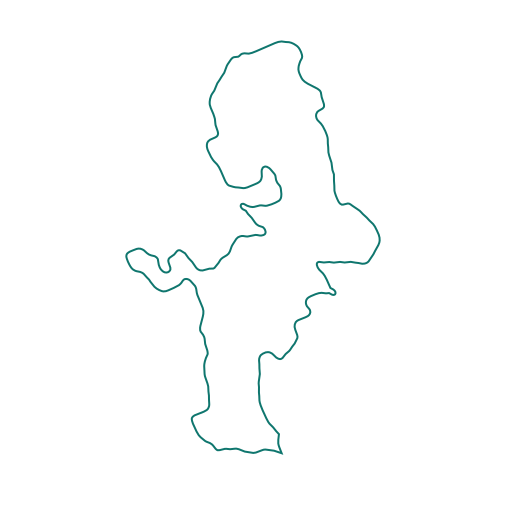 outline of Villa Tabara Arriba, Azua, Dominican Republic, rotated 336°
{"feature_id": "3306468B57701305571020", "entity_name": "Villa Tabara Arriba", "entity_type": "district", "adm_level": 2, "iso_a3": "DOM", "parent_name": "Dominican Republic", "parent_adm1": "Azua", "projection": "equal_earth", "projection_center": [-70.922, 18.486], "detail": "fine", "context": "isolated", "style": "outline", "palette": "teal", "viewbox_px": 512, "rotation_deg": 336, "n_neighbors": 0, "source": "geoboundaries", "source_scale": "gbopen_adm2", "svg_char_len": 6124}
<svg xmlns="http://www.w3.org/2000/svg" viewBox="0 0 512 512"><g transform="rotate(336 256 256)"><path d="M360.4,213.1L360.8,208.5L362.9,201.5L363.7,194.0L364.3,190.8L366.2,186.0L367.4,182.4L369.1,178.4L369.6,176.6L369.9,174.5L370.1,170.1L369.8,164.6L369.2,161.6L367.5,156.9L367.3,155.0L367.6,153.2L367.9,152.3L368.7,150.9L370.5,149.4L372.1,148.9L376.7,148.4L378.1,147.8L378.8,147.3L379.2,146.6L379.8,145.0L380.6,137.6L381.8,132.9L381.7,131.3L381.4,130.4L380.2,128.2L373.4,119.7L371.4,116.6L370.3,113.9L370.0,112.0L369.9,109.9L369.9,106.9L370.1,104.9L370.6,102.9L371.4,101.3L372.3,99.8L373.9,97.9L375.6,96.1L378.4,93.9L379.3,92.6L379.8,90.9L380.1,88.0L380.0,85.1L379.7,83.1L379.1,81.3L378.2,79.7L376.7,77.5L375.0,75.6L373.1,74.1L370.2,72.6L366.6,70.4L363.4,69.5L359.9,69.2L339.5,69.0L335.1,68.8L331.7,68.2L327.8,66.1L325.7,65.6L324.3,65.7L322.0,66.5L320.8,66.7L316.7,65.4L315.2,65.4L313.2,66.2L308.0,69.4L306.6,70.5L301.5,75.7L297.5,78.2L294.3,80.4L290.9,82.5L285.1,88.0L281.7,90.1L280.3,91.2L277.9,93.9L276.4,96.3L275.6,98.1L275.3,99.1L274.9,102.3L274.8,108.8L274.5,112.0L274.2,114.1L272.8,118.3L272.3,120.0L271.7,126.6L271.3,128.3L271.0,129.0L269.9,130.3L268.6,130.9L267.0,131.1L261.3,131.1L258.9,131.8L257.6,132.7L256.6,134.0L255.8,135.6L255.5,136.5L255.1,138.5L255.0,140.5L255.2,147.2L255.7,150.5L256.2,152.4L257.7,156.5L258.3,159.7L258.5,164.2L258.4,174.2L258.5,176.3L259.1,179.2L260.0,180.7L263.4,183.6L265.2,184.9L268.0,186.4L271.9,188.8L273.5,189.4L276.1,189.8L284.2,190.0L286.8,190.0L288.5,189.8L290.2,189.3L290.9,188.9L292.1,187.9L293.6,185.9L295.5,181.1L296.3,179.7L298.0,178.2L298.8,177.9L300.3,177.9L301.0,178.1L302.3,179.0L303.8,181.0L304.5,182.7L306.2,188.4L306.4,190.0L306.3,190.8L305.3,194.5L305.2,196.2L305.3,198.0L306.3,201.7L306.3,203.3L306.0,204.8L304.4,209.7L303.2,212.0L302.2,213.3L300.9,214.3L299.4,214.9L295.4,215.2L291.3,215.1L286.5,214.5L285.0,214.0L281.8,212.1L280.3,211.4L274.4,210.4L272.8,209.9L270.7,208.6L268.3,206.4L266.4,203.9L265.4,203.0L264.1,202.7L263.4,202.9L262.8,203.4L262.3,204.2L262.2,205.1L262.4,206.7L263.1,208.1L265.1,210.5L265.8,214.4L267.6,219.4L268.7,225.0L269.2,226.8L270.0,228.3L270.9,229.6L274.0,232.4L274.6,233.9L274.9,235.5L274.7,237.2L274.5,238.1L274.0,238.8L273.4,239.4L272.8,239.7L271.4,239.9L269.3,239.5L267.9,238.9L265.4,237.2L264.0,236.5L256.3,234.8L254.9,234.1L252.4,232.5L251.0,231.9L249.4,231.6L247.1,231.6L244.9,232.4L239.1,236.2L237.7,237.3L234.0,241.2L231.9,242.7L229.7,243.4L225.0,244.0L223.4,244.4L222.0,245.0L218.9,247.1L213.2,250.0L211.9,250.1L208.2,248.6L201.3,247.5L199.2,246.4L198.0,245.2L197.1,243.8L196.5,242.1L195.3,235.5L193.5,230.5L192.3,224.7L189.3,220.3L188.8,219.8L187.6,219.3L186.9,219.2L185.6,219.5L181.8,221.4L176.3,222.5L174.9,223.3L173.9,224.7L173.5,226.4L173.0,231.8L172.3,233.5L171.7,234.1L170.4,234.8L169.0,235.0L167.5,234.7L166.1,233.9L165.0,232.7L164.2,231.1L163.6,229.3L163.4,227.3L163.6,224.5L165.0,219.1L165.0,218.4L164.6,216.9L163.4,215.0L160.5,212.8L158.9,211.2L157.6,209.1L155.9,205.2L154.9,203.8L153.2,202.2L151.5,201.4L149.8,201.0L146.2,200.8L142.7,200.7L141.0,200.9L139.5,201.3L138.7,201.8L138.1,202.4L137.6,203.2L137.2,204.1L136.9,206.0L136.7,209.0L136.8,212.2L137.0,214.4L137.4,216.4L138.1,218.2L139.6,220.3L140.7,221.3L143.8,223.5L145.4,225.3L146.2,226.8L147.6,231.2L148.7,234.1L149.1,236.7L150.7,242.8L152.0,245.4L153.7,247.7L155.6,249.7L157.0,250.7L159.4,251.5L161.9,251.7L167.9,251.7L173.8,251.3L175.4,250.8L176.8,250.2L179.2,248.7L180.6,248.2L181.3,248.1L182.8,248.5L184.1,249.3L185.2,250.5L186.0,252.0L188.1,258.5L188.2,260.1L188.0,261.7L186.9,265.7L186.6,267.7L186.2,281.7L185.6,284.8L184.3,287.5L182.7,289.8L176.8,297.2L175.8,298.7L174.8,301.1L174.7,302.7L175.6,306.4L175.7,309.0L175.4,310.7L173.8,315.7L173.1,322.4L172.7,324.1L172.1,325.7L171.6,326.3L168.8,328.8L166.4,331.5L164.8,333.8L163.9,335.5L161.0,343.0L160.5,344.9L160.3,346.8L159.8,352.8L159.3,355.7L157.4,360.6L156.3,364.2L154.6,368.2L153.0,372.4L152.2,373.9L151.1,375.1L149.9,376.1L148.3,376.7L145.0,377.0L135.0,376.6L132.8,377.1L131.5,378.0L131.0,378.8L130.5,380.6L130.2,383.5L130.3,392.1L130.8,396.4L131.7,399.1L134.3,404.3L135.2,405.5L137.8,408.1L139.1,410.1L139.7,411.7L140.7,415.8L141.4,417.2L141.9,417.8L143.9,418.6L149.1,419.5L150.5,420.1L153.8,422.0L158.2,423.4L159.7,424.0L161.8,425.6L166.2,430.1L173.4,434.8L175.9,435.5L182.7,435.9L184.4,436.1L186.0,436.7L193.3,441.2L199.2,446.6L199.5,440.2L199.7,438.2L200.1,436.3L201.6,433.0L204.5,428.1L203.2,424.3L202.0,419.6L200.1,414.6L199.7,412.6L199.4,408.4L199.3,399.7L199.5,394.3L199.9,391.2L200.4,389.3L202.0,385.3L203.2,381.8L205.4,377.0L206.6,373.5L207.5,371.8L211.5,365.4L213.4,360.1L215.1,356.1L216.3,352.7L217.1,351.2L218.2,349.9L219.4,348.9L220.2,348.5L222.5,348.0L225.6,348.0L227.9,348.7L229.3,349.6L230.9,351.5L231.6,353.0L233.2,357.0L234.6,358.9L235.8,359.8L236.5,360.1L237.2,360.2L238.7,360.0L243.2,357.6L247.6,356.3L249.0,355.6L252.3,353.5L255.7,351.7L260.3,347.9L261.1,346.6L261.5,344.9L261.9,339.3L262.4,336.5L263.6,334.3L265.4,332.6L267.0,332.0L268.6,331.8L276.3,332.1L278.8,332.0L280.3,331.6L281.6,330.8L282.6,329.7L282.9,329.0L283.3,327.5L283.1,326.0L282.1,322.6L282.1,320.8L282.3,319.9L282.5,319.1L283.3,317.6L284.4,316.4L285.8,315.6L287.3,315.2L289.7,315.0L294.8,315.1L298.3,315.5L300.9,316.3L304.8,318.6L307.7,319.6L309.6,322.1L310.7,323.0L312.0,323.3L312.7,323.1L313.3,322.6L313.7,321.8L313.9,320.9L313.8,320.1L313.6,319.3L312.9,317.9L311.0,315.5L311.0,306.5L310.7,302.1L310.1,299.1L308.2,294.3L307.7,291.6L307.9,289.1L308.2,288.3L308.6,287.6L309.2,287.1L309.9,286.9L311.2,287.0L315.3,289.5L320.5,291.3L324.4,293.7L330.4,295.6L334.3,298.0L340.2,299.9L344.1,302.5L346.8,304.1L349.9,306.3L352.1,307.1L353.7,307.3L355.2,307.2L356.7,306.7L363.9,302.2L367.0,299.7L372.2,295.8L374.1,293.9L375.2,292.3L376.3,289.5L376.8,286.4L376.8,282.0L376.6,277.6L376.0,274.5L374.0,269.6L372.8,266.0L370.7,261.2L369.8,258.6L369.1,256.8L367.6,254.3L364.6,249.5L363.4,247.4L362.5,246.2L361.3,245.4L356.6,244.5L355.3,244.0L354.3,242.7L353.9,241.8L353.5,239.9L353.4,236.9L353.5,233.6L353.8,230.4L354.2,228.3L356.2,223.5L357.8,219.1L360.4,213.1Z" fill="none" stroke="#0f766e" stroke-width="2"/></g></svg>